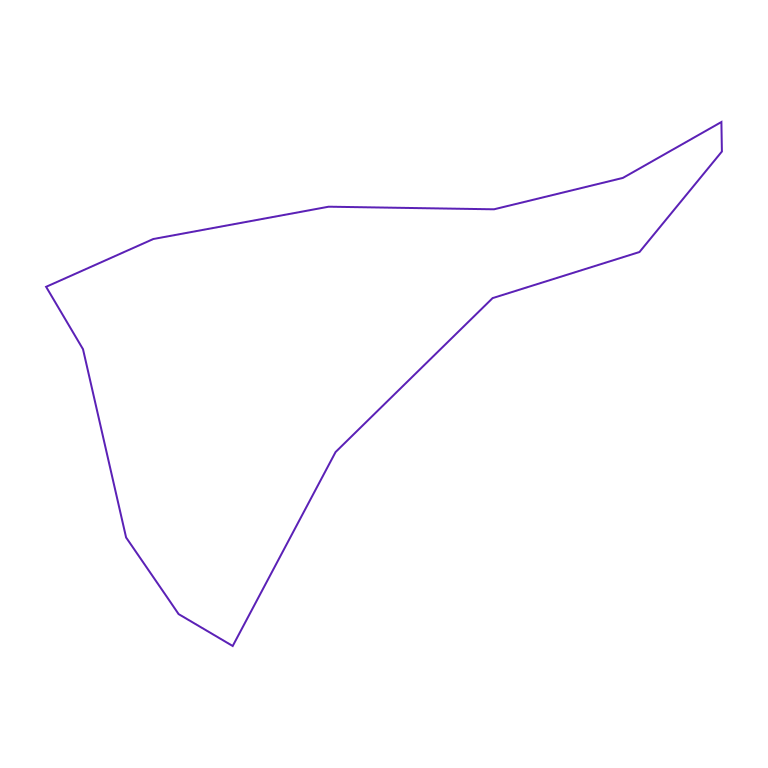 the border of Sədərək
{"feature_id": "AZE-2415", "entity_name": "Sədərək", "entity_type": "District", "adm_level": 1, "iso_a3": "AZE", "parent_name": "Azerbaijan", "parent_adm1": "", "projection": "equal_earth", "projection_center": [44.859, 39.683], "detail": "fine", "context": "isolated", "style": "outline", "palette": "violet", "viewbox_px": 768, "rotation_deg": 0, "n_neighbors": 0, "source": "natural_earth", "source_scale": "10m", "svg_char_len": 317}
<svg xmlns="http://www.w3.org/2000/svg" viewBox="0 0 768 768"><path d="M494.0,209.3L622.9,177.9L721.4,122.0L721.9,151.5L639.5,252.0L492.6,298.1L335.6,452.0L232.7,646.0L178.6,614.1L168.6,599.4L126.1,537.5L83.0,349.2L46.1,286.8L153.3,239.0L328.7,206.7L494.0,209.3Z" fill="none" stroke="#5b21b6" stroke-width="2"/></svg>